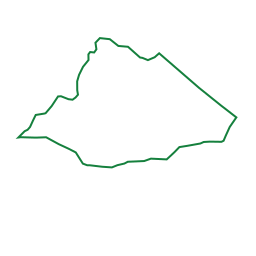 Goudoumaria, Diffa, Niger (Natural Earth projection), rotated 221°
{"feature_id": "23599985B75635581877036", "entity_name": "Goudoumaria", "entity_type": "district", "adm_level": 2, "iso_a3": "NER", "parent_name": "Niger", "parent_adm1": "Diffa", "projection": "natural_earth1", "projection_center": [11.333, 13.844], "detail": "fine", "context": "isolated", "style": "outline", "palette": "green", "viewbox_px": 256, "rotation_deg": 221, "n_neighbors": 0, "source": "geoboundaries", "source_scale": "gbopen_adm2", "svg_char_len": 931}
<svg xmlns="http://www.w3.org/2000/svg" viewBox="0 0 256 256"><g transform="rotate(221 128 128)"><path d="M53.2,207.1L72.4,206.0L100.8,204.9L153.5,204.8L154.3,198.9L157.5,192.3L163.1,190.4L165.2,189.1L181.3,189.3L189.1,183.6L200.0,183.1L208.2,177.4L208.5,171.0L203.5,166.7L203.1,162.8L206.4,160.5L206.2,157.6L202.4,153.4L202.1,144.7L199.8,136.0L197.0,129.9L191.1,123.2L187.6,120.3L187.6,116.6L188.4,113.0L191.8,110.7L199.4,108.0L201.5,105.9L200.0,94.5L199.9,85.1L200.6,84.0L206.2,77.3L204.6,71.3L202.6,64.5L202.6,60.8L203.9,57.8L204.5,48.9L203.6,49.9L203.0,50.6L191.2,60.3L183.7,67.3L169.6,70.4L159.2,73.4L151.4,75.3L138.7,71.5L134.4,73.1L132.4,74.8L122.1,81.8L114.3,87.7L111.6,93.0L107.4,98.8L106.0,102.4L100.4,107.7L94.1,113.7L90.6,119.9L78.2,129.7L77.1,140.1L76.7,147.3L71.5,153.5L63.2,163.8L61.7,167.1L57.3,171.4L48.4,178.9L47.5,181.1L49.2,186.4L51.9,195.5L53.2,207.1Z" fill="none" stroke="#15803d" stroke-width="2"/></g></svg>